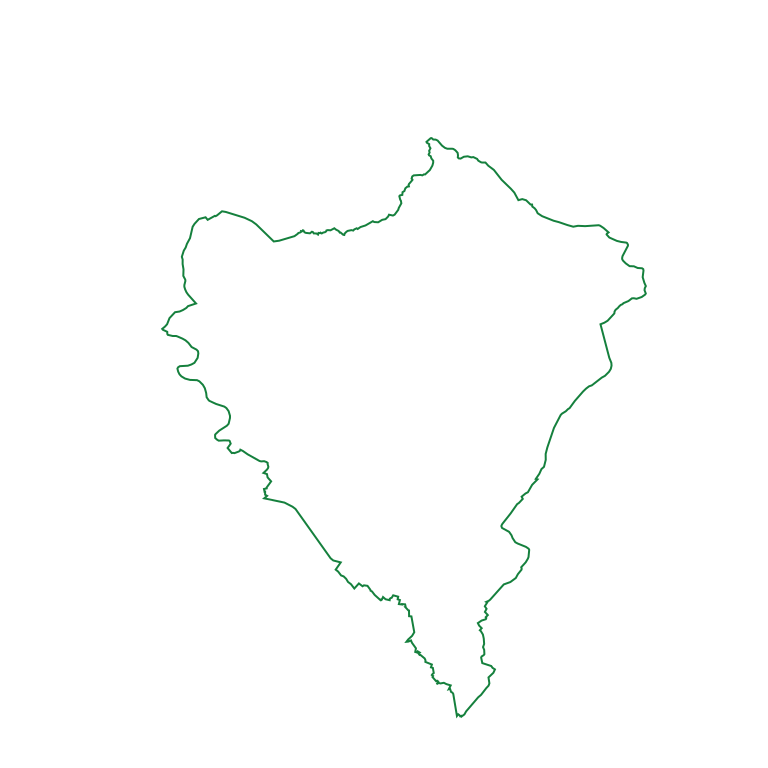 the district of Phanom Thuan, Kanchanaburi, Thailand, rotated 121°
{"feature_id": "78962969B66646972334810", "entity_name": "Phanom Thuan", "entity_type": "district", "adm_level": 2, "iso_a3": "THA", "parent_name": "Thailand", "parent_adm1": "Kanchanaburi", "projection": "albers", "projection_center": [99.694, 14.148], "detail": "fine", "context": "isolated", "style": "outline", "palette": "green", "viewbox_px": 768, "rotation_deg": 121, "n_neighbors": 0, "source": "geoboundaries", "source_scale": "gbopen_adm2", "svg_char_len": 6166}
<svg xmlns="http://www.w3.org/2000/svg" viewBox="0 0 768 768"><g transform="rotate(121 384 384)"><path d="M143.1,420.1L143.5,424.3L144.8,425.9L145.7,429.5L148.1,432.6L151.3,434.4L152.1,436.1L151.8,437.4L149.8,438.4L147.9,440.0L146.9,443.3L146.8,445.6L147.2,446.7L149.7,450.8L150.2,453.3L149.8,457.0L147.7,463.4L147.9,465.6L149.1,467.7L148.7,469.8L149.3,470.6L154.6,472.3L155.1,471.6L155.1,468.8L156.8,467.8L158.0,465.6L160.9,465.4L162.1,464.1L164.2,464.0L164.8,463.1L164.7,461.3L166.3,459.5L167.3,456.8L169.0,455.8L171.9,455.0L177.0,454.9L183.2,456.7L183.7,457.7L185.4,458.6L186.0,460.4L189.9,466.0L191.6,466.7L193.8,466.1L194.1,464.9L194.5,464.7L199.7,465.6L200.8,465.4L201.8,464.4L202.9,465.7L205.3,466.5L208.1,465.9L210.0,466.9L212.5,465.7L214.0,467.4L215.1,467.6L217.6,465.1L218.3,463.8L220.2,462.2L225.5,462.0L227.4,461.5L233.4,462.1L235.0,463.1L236.3,466.9L238.3,466.7L241.9,467.6L244.2,470.1L248.4,472.3L250.2,475.8L250.2,477.4L257.6,481.5L261.6,485.0L264.7,486.4L264.6,487.6L266.8,489.1L268.3,489.4L268.9,491.2L271.5,494.0L272.8,494.6L275.3,495.2L276.7,494.8L277.1,495.8L276.5,499.4L277.0,499.9L276.2,501.7L276.4,504.6L276.1,506.8L279.8,509.0L281.0,511.4L282.0,512.4L283.0,512.2L284.3,512.8L285.5,514.1L287.0,514.9L287.0,516.4L287.6,516.5L288.2,517.9L289.9,517.5L289.9,518.0L289.5,518.2L289.8,519.5L291.1,521.8L290.4,523.2L290.6,524.2L293.0,525.1L294.7,528.8L294.9,530.3L293.9,532.1L294.0,532.7L295.3,532.9L295.6,533.7L296.0,533.3L297.4,534.0L298.7,535.2L299.7,535.3L303.4,536.9L315.2,547.7L318.6,551.9L313.0,575.7L312.5,581.1L313.3,589.1L318.0,608.2L319.4,611.8L325.5,614.0L326.9,614.8L327.0,615.6L334.1,619.7L333.0,622.8L337.9,627.6L344.3,628.9L347.8,629.0L358.9,625.4L365.4,625.1L369.1,624.3L372.8,624.3L379.1,622.8L381.0,620.7L384.9,618.4L389.0,614.9L394.7,611.7L396.9,608.1L398.0,607.3L402.0,606.1L403.5,605.2L405.3,603.2L407.1,600.6L408.3,597.9L411.8,586.6L418.2,592.1L420.6,592.6L424.1,594.4L427.1,596.5L430.1,600.1L438.0,601.8L444.5,600.7L447.6,601.3L451.0,602.5L451.4,601.5L450.9,596.7L452.8,595.4L453.2,594.6L451.7,589.9L449.9,586.9L449.6,585.4L448.9,580.1L448.8,576.7L449.5,572.8L451.4,568.0L451.1,562.4L451.7,560.3L453.4,558.9L457.6,557.2L463.5,557.4L466.4,559.1L469.3,561.5L473.9,568.2L475.8,569.1L477.2,569.0L479.4,566.8L481.0,564.3L481.8,561.6L481.8,557.3L480.4,552.4L477.0,546.2L476.8,543.6L478.0,538.8L479.9,535.4L483.3,531.8L486.7,529.2L488.1,526.2L488.4,525.0L487.6,517.7L485.6,509.2L485.8,506.7L487.3,503.2L490.6,499.6L492.5,498.5L498.1,496.7L500.7,497.2L508.8,501.2L513.8,502.6L514.6,502.6L517.2,500.9L517.7,498.5L517.7,496.5L514.6,491.9L512.3,487.8L512.3,487.0L514.1,484.7L519.4,485.1L521.6,478.9L520.8,478.0L520.3,476.6L516.7,473.7L515.5,473.1L514.3,473.3L514.1,470.5L514.5,464.6L514.1,451.0L513.6,449.4L511.9,447.0L511.4,444.5L511.6,443.0L512.5,442.6L514.5,440.5L515.7,440.1L517.6,440.2L522.3,441.5L521.5,437.9L524.0,435.7L525.6,430.6L533.3,431.3L533.9,430.8L535.8,432.8L538.0,430.8L537.6,430.4L540.1,428.9L540.1,426.6L543.7,427.8L536.9,408.2L536.3,399.2L536.7,395.5L560.9,340.0L561.4,336.6L559.2,329.2L568.0,329.8L568.4,326.7L570.2,322.2L569.7,319.5L570.5,316.1L572.2,312.9L572.6,309.2L574.6,304.1L567.9,302.8L568.4,298.2L566.9,297.5L565.5,294.2L567.4,289.7L568.1,289.1L568.0,287.4L569.6,283.4L571.1,275.7L570.3,275.5L570.4,274.9L569.8,274.8L567.1,275.1L567.7,271.8L566.4,267.8L565.1,268.4L564.2,268.1L563.3,267.3L560.4,267.3L559.0,262.3L561.5,261.4L561.0,259.1L565.0,257.9L563.7,254.9L563.3,255.1L562.0,252.4L563.8,250.7L564.2,251.0L565.5,246.6L565.3,245.9L570.1,242.9L569.1,240.8L581.2,230.2L585.4,230.2L590.5,231.7L593.4,232.0L592.2,230.4L589.9,228.8L591.4,226.8L594.1,220.5L597.6,219.2L597.2,217.6L595.8,217.5L595.8,215.2L597.1,215.9L597.9,214.0L597.4,213.6L598.3,207.8L599.4,206.2L600.9,205.4L599.8,198.5L602.7,197.8L602.2,195.9L606.1,192.5L607.5,193.0L608.8,193.1L609.0,191.5L610.2,191.5L611.9,186.3L611.0,185.7L611.1,184.6L611.6,184.8L612.1,183.9L614.2,184.4L612.0,183.0L611.6,181.4L609.3,178.8L609.1,175.9L608.0,171.6L612.2,171.3L611.2,170.5L613.4,167.9L613.3,166.4L614.0,165.0L631.0,150.5L628.9,150.3L629.0,148.8L629.6,147.5L628.7,146.8L629.1,146.3L625.8,144.9L622.3,145.0L604.0,141.9L600.5,140.7L592.0,139.7L588.7,139.0L586.3,139.5L581.7,143.3L575.2,141.5L571.5,141.9L571.4,144.8L570.5,146.8L572.6,156.0L568.5,159.8L567.3,160.0L565.1,158.9L563.9,158.8L560.3,161.2L558.5,163.6L555.2,164.3L550.8,167.4L547.8,170.2L545.9,173.8L545.7,175.0L543.0,174.5L542.1,178.0L540.6,180.4L536.5,178.5L533.2,175.6L531.9,175.8L531.5,176.7L528.6,176.0L527.4,180.1L523.9,180.3L522.6,183.1L518.1,183.0L518.1,184.1L515.8,182.5L514.1,181.9L494.1,178.1L488.7,173.7L482.4,171.1L478.1,171.3L472.3,170.5L471.1,171.1L470.4,172.0L463.9,170.7L459.7,170.7L457.9,171.0L451.4,174.1L450.7,175.2L450.5,178.4L451.9,187.3L452.0,190.0L449.8,194.5L448.0,196.8L446.3,200.6L446.6,208.6L445.6,210.0L444.8,210.4L442.9,210.5L429.8,208.8L418.4,208.0L416.5,207.1L411.0,205.9L409.7,208.0L404.9,206.3L402.7,204.9L394.1,205.1L386.7,203.3L387.2,205.0L381.0,204.6L375.8,205.2L372.6,204.2L365.7,206.3L360.7,209.4L354.3,211.3L334.1,215.7L319.6,216.6L317.8,216.2L313.7,214.1L310.9,213.4L309.1,212.5L300.2,211.7L287.9,209.5L283.8,208.4L280.3,207.0L278.2,205.2L266.3,200.6L263.2,198.8L257.6,197.4L254.2,197.4L251.1,198.4L248.8,200.0L245.5,204.4L221.3,229.2L218.0,226.7L214.6,224.9L204.9,222.9L203.1,223.7L201.1,223.7L198.4,222.7L196.3,222.4L194.3,221.8L192.8,220.7L191.4,220.4L187.0,217.2L182.9,215.6L181.8,214.0L180.9,211.4L176.7,207.9L172.8,206.2L171.6,206.2L169.4,209.0L167.6,209.8L165.2,210.0L163.2,212.9L159.2,217.3L153.1,220.0L152.0,221.0L151.9,222.4L153.9,226.3L154.4,230.4L156.5,234.2L156.1,238.9L155.2,242.5L154.5,243.9L153.5,244.7L151.6,245.4L139.9,246.1L139.0,246.6L138.0,248.2L138.0,249.1L140.1,253.9L141.4,258.1L142.4,266.3L141.2,270.2L140.4,270.4L138.4,269.6L137.2,276.1L137.0,280.2L137.3,281.7L145.1,292.9L148.5,299.2L151.7,302.8L153.3,308.7L155.2,317.5L156.7,322.7L158.7,334.9L158.5,340.2L156.6,343.2L155.8,345.4L155.5,348.3L153.9,349.5L154.7,350.8L153.3,356.8L154.3,360.7L157.2,363.5L152.8,370.9L151.3,375.8L148.4,388.3L143.9,400.1L143.2,407.0L141.9,411.1L143.7,414.1L144.0,415.1L144.0,418.2L143.1,420.1Z" fill="none" stroke="#15803d" stroke-width="2"/></g></svg>